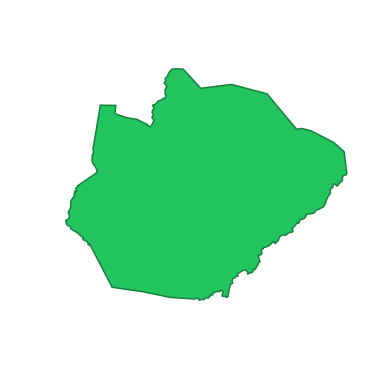 outline of Belen Gualcho, Ocotepeque, Honduras, rotated 31°
{"feature_id": "27666195B17925078657683", "entity_name": "Belen Gualcho", "entity_type": "district", "adm_level": 2, "iso_a3": "HND", "parent_name": "Honduras", "parent_adm1": "Ocotepeque", "projection": "albers", "projection_center": [-88.771, 14.48], "detail": "fine", "context": "isolated", "style": "filled", "palette": "green", "viewbox_px": 384, "rotation_deg": 31, "n_neighbors": 0, "source": "geoboundaries", "source_scale": "gbopen_adm2", "svg_char_len": 5967}
<svg xmlns="http://www.w3.org/2000/svg" viewBox="0 0 384 384"><g transform="rotate(31 192 192)"><path d="M82.0,157.1L68.7,164.8L85.3,206.8L86.2,207.3L87.2,208.9L87.5,210.6L87.7,212.0L88.5,213.7L89.3,215.2L90.0,216.4L91.2,217.5L92.7,218.8L94.4,219.5L96.4,220.3L98.0,221.4L99.6,222.5L100.2,224.0L99.7,226.1L90.7,245.8L90.9,245.9L91.1,246.2L91.2,246.5L91.3,246.9L91.2,247.1L90.7,247.9L90.5,248.7L90.6,249.0L92.0,249.6L92.3,249.9L92.4,250.1L92.4,250.5L92.2,250.8L92.0,251.0L91.4,251.2L91.2,251.5L91.4,252.2L91.9,252.5L92.1,252.8L92.1,253.1L91.8,253.5L91.8,253.9L93.5,256.5L93.1,257.5L92.8,259.4L92.7,260.5L92.8,261.6L93.0,262.5L93.4,263.4L93.8,264.1L94.7,265.4L95.2,266.3L95.7,267.4L96.1,268.4L96.3,269.6L96.4,270.7L96.4,271.7L96.2,272.7L96.3,273.1L96.6,273.6L97.2,273.8L99.1,275.5L99.6,276.2L99.9,277.0L100.0,277.9L99.9,278.8L99.6,279.5L98.9,280.4L98.6,280.9L98.6,281.4L98.8,281.9L99.1,282.3L99.4,282.5L101.4,284.3L101.8,284.6L102.3,284.7L102.8,284.7L103.3,284.6L104.1,284.2L104.5,284.2L105.0,284.2L105.7,284.6L106.4,285.4L106.8,285.7L107.6,286.1L108.2,286.1L110.1,286.0L114.8,286.0L115.9,286.1L117.6,286.7L118.8,286.9L119.9,287.0L121.4,287.0L121.7,287.1L122.0,287.3L122.2,287.6L122.5,288.4L122.8,288.6L123.1,288.8L123.5,288.9L124.3,288.9L125.6,288.8L127.3,288.5L127.9,288.6L128.6,288.9L129.7,290.1L130.1,290.5L130.4,290.6L130.8,290.5L131.1,290.2L131.1,289.3L172.6,314.8L201.5,302.7L227.3,293.7L249.6,282.3L249.9,281.6L250.2,281.1L250.6,280.7L251.1,280.4L251.8,280.3L252.5,280.3L253.1,280.6L253.7,281.1L254.7,280.2L255.7,279.1L256.6,278.6L257.5,278.2L257.8,277.9L257.9,276.7L257.8,276.2L257.6,275.7L258.9,275.1L260.0,274.8L260.4,274.6L260.6,273.8L261.0,272.9L261.1,272.5L261.0,270.0L262.6,269.8L262.6,269.4L262.6,268.8L262.3,267.8L262.7,266.8L263.1,266.3L264.0,265.5L264.8,264.0L266.0,263.7L266.8,263.3L267.2,262.5L267.1,261.6L267.3,261.3L268.0,261.2L269.1,261.3L269.6,261.4L270.1,261.7L270.4,262.3L270.4,263.3L270.5,263.9L271.1,265.1L271.6,265.7L273.9,264.5L274.3,264.3L274.8,264.3L275.2,264.6L275.6,264.6L276.1,264.3L276.5,263.7L276.7,263.3L276.7,263.1L275.5,260.9L275.4,260.2L275.3,258.8L274.7,258.3L274.2,257.6L274.2,256.7L273.4,254.7L272.8,251.5L272.7,251.1L272.8,250.8L273.3,250.1L273.8,249.6L273.9,249.3L273.5,248.8L272.4,247.7L271.9,247.0L271.5,246.1L271.5,245.3L271.8,244.8L272.3,244.5L272.7,244.0L272.9,243.1L273.1,241.9L273.2,241.6L273.4,241.4L274.3,240.7L274.7,240.3L274.7,240.1L274.0,240.1L273.5,239.9L273.1,239.5L273.1,239.1L273.4,238.1L275.4,234.4L276.1,232.9L276.6,232.2L277.1,231.7L277.9,231.4L278.9,231.4L280.0,231.5L280.6,231.7L280.9,231.9L281.1,232.1L281.3,232.8L281.8,233.3L282.1,233.5L282.2,233.3L282.6,232.8L283.6,231.0L283.8,230.8L284.4,230.8L284.6,230.6L284.9,229.4L285.2,228.8L284.7,227.7L284.2,226.7L284.3,226.6L285.7,226.3L285.9,225.9L286.1,225.2L286.1,224.8L285.9,224.1L285.8,223.3L286.0,220.2L285.7,219.2L285.3,218.1L285.3,217.6L285.3,217.4L285.4,217.2L285.6,217.1L286.1,217.2L286.3,216.9L286.2,216.7L285.8,216.3L283.9,214.7L282.4,213.2L281.6,212.2L281.8,211.9L283.3,210.3L283.6,209.8L283.6,209.3L283.6,208.8L283.3,208.3L282.2,207.3L281.5,206.4L281.3,205.8L281.3,205.3L281.4,204.9L281.9,204.3L282.3,203.7L282.3,203.4L282.1,202.8L282.2,202.4L282.6,202.0L283.4,201.4L284.1,200.6L285.0,199.4L285.7,198.2L286.3,196.7L286.9,193.9L287.2,193.1L287.5,192.5L287.8,192.2L288.0,192.2L289.6,193.5L289.8,193.4L290.0,193.0L290.3,191.9L290.7,190.0L290.8,189.7L290.7,188.8L290.8,188.2L290.2,186.1L290.1,185.6L290.4,184.6L291.0,183.3L291.4,182.6L291.8,182.2L293.9,181.3L294.3,181.1L294.6,180.8L295.0,179.8L295.7,177.6L296.0,176.7L296.7,176.3L297.1,176.1L297.9,175.2L298.6,174.6L298.9,174.1L298.9,173.9L298.4,173.3L297.6,172.5L296.9,172.2L296.6,171.9L296.4,171.6L296.4,171.3L296.5,171.2L296.8,171.1L296.9,170.9L297.3,169.6L297.6,167.5L297.9,166.5L297.8,165.1L297.8,164.4L298.1,164.2L298.5,164.4L298.8,164.3L299.2,164.0L299.5,163.6L299.4,163.0L299.0,161.2L299.0,160.8L299.1,160.4L299.3,159.9L299.6,159.4L300.8,158.4L301.1,158.0L301.5,157.3L301.8,156.2L302.2,155.4L302.2,154.8L301.7,152.9L301.7,152.6L301.8,152.2L302.0,151.9L302.3,151.5L303.2,150.9L304.6,149.7L306.2,148.5L306.9,147.9L307.2,147.2L307.5,146.0L307.7,144.2L307.8,143.6L309.5,141.8L310.4,140.3L310.8,139.4L311.8,137.9L312.2,137.0L312.3,136.4L312.4,135.6L312.2,133.3L311.8,131.2L311.1,128.8L311.2,127.8L311.0,124.1L311.3,122.5L311.3,122.1L311.0,121.5L310.0,120.0L309.6,119.2L309.3,118.6L309.3,118.0L310.2,115.9L310.1,115.4L309.5,113.6L309.4,112.7L309.5,111.8L309.7,111.5L311.4,111.7L312.7,112.3L312.9,112.3L313.2,112.1L313.4,111.6L313.6,110.8L313.9,108.0L314.7,106.0L314.9,105.3L314.9,104.8L314.8,104.2L313.8,102.9L313.5,102.2L313.4,101.5L313.4,100.1L313.5,99.7L313.8,99.2L314.2,98.9L314.7,98.5L315.0,98.2L315.3,96.5L301.7,79.2L288.2,76.6L262.7,78.2L253.1,81.1L249.3,84.4L205.7,69.2L170.6,79.4L146.1,98.6L121.2,91.2L114.6,94.8L113.6,95.6L112.1,96.5L111.6,97.0L111.3,97.6L111.2,98.5L110.8,100.8L110.9,102.2L110.8,103.5L111.2,104.2L111.4,104.8L110.7,108.4L110.7,108.9L110.9,109.2L111.6,109.6L112.2,110.4L112.2,110.7L112.0,111.5L112.0,112.7L112.2,113.0L112.7,113.3L115.4,113.9L115.8,114.1L116.1,114.3L116.1,114.7L116.0,115.6L116.3,117.6L116.2,118.1L116.3,118.4L116.6,118.8L117.1,119.2L117.3,119.5L117.7,120.6L118.1,121.1L119.1,122.1L120.0,122.8L120.3,123.1L120.5,123.7L120.7,125.4L120.7,125.7L120.6,125.8L119.6,126.2L119.0,126.6L118.8,127.3L118.6,128.3L118.2,129.2L117.7,129.8L116.9,130.4L116.6,130.8L116.4,131.1L115.3,135.6L114.8,136.7L114.4,137.1L113.8,137.4L113.7,137.8L113.9,138.2L115.7,139.4L116.5,140.5L116.6,140.9L116.3,141.4L116.2,142.2L116.3,142.9L116.4,143.5L116.7,144.2L117.2,144.7L117.5,144.8L118.3,145.0L118.8,145.4L119.1,145.7L119.2,146.1L119.0,147.5L119.0,148.1L119.1,148.4L119.9,149.0L121.2,149.4L121.9,149.8L122.5,150.2L122.6,150.8L122.6,152.2L123.1,155.8L122.8,157.3L122.4,157.8L121.7,158.0L118.3,157.2L109.1,158.0L108.1,158.0L107.4,158.1L106.1,158.5L103.8,159.6L101.4,160.6L97.2,162.0L93.1,163.0L85.7,164.4L82.0,157.1Z" fill="#22c55e" stroke="#15803d" stroke-width="1.5"/></g></svg>